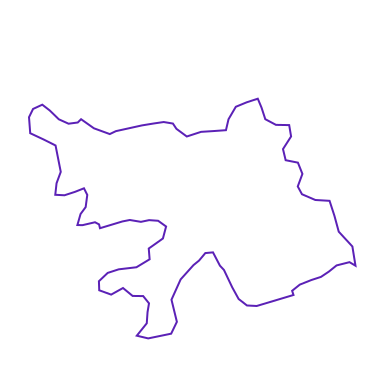 outline of Paju-si, Gyeonggi, South Korea, rotated 252°
{"feature_id": "91817680B14253606839965", "entity_name": "Paju-si", "entity_type": "district", "adm_level": 2, "iso_a3": "KOR", "parent_name": "South Korea", "parent_adm1": "Gyeonggi", "projection": "robinson", "projection_center": [126.826, 37.84], "detail": "fine", "context": "isolated", "style": "outline", "palette": "violet", "viewbox_px": 384, "rotation_deg": 252, "n_neighbors": 0, "source": "geoboundaries", "source_scale": "gbopen_adm2", "svg_char_len": 1361}
<svg xmlns="http://www.w3.org/2000/svg" viewBox="0 0 384 384"><g transform="rotate(252 192 192)"><path d="M186.0,93.3L185.5,116.7L184.6,124.2L179.4,134.2L178.5,142.5L175.1,150.9L167.2,156.7L156.8,150.0L151.6,133.4L141.1,130.9L137.6,115.9L141.1,98.4L141.1,86.8L135.9,75.9L127.2,73.4L119.4,83.4L122.0,96.7L111.5,103.4L108.1,113.4L99.4,116.7L91.5,112.6L81.1,108.4L72.4,95.1L66.3,105.1L63.7,128.4L73.2,137.5L95.9,139.2L112.4,154.2L122.0,170.8L124.6,177.5L129.8,185.8L128.1,193.3L113.3,195.8L108.0,198.3L88.9,200.8L75.8,203.3L67.1,209.2L63.6,218.3L62.7,256.7L67.1,256.7L70.6,265.9L71.4,278.4L71.4,288.4L74.0,297.6L77.5,306.8L76.6,320.1L71.4,324.7L90.6,327.7L108.9,319.3L125.4,320.1L141.1,320.1L146.3,306.8L155.9,295.9L164.6,294.3L175.1,302.6L187.2,301.8L193.3,290.9L204.7,291.8L214.2,303.4L225.6,305.1L229.9,292.6L238.6,284.2L250.8,284.2L260.4,283.4L260.4,271.7L259.5,260.0L249.9,249.2L240.3,243.4L243.0,232.5L246.4,219.2L246.4,204.2L256.9,196.7L263.0,195.0L267.3,186.7L269.0,176.7L270.8,165.0L273.4,138.4L272.5,131.7L282.9,118.4L295.5,109.0L293.4,104.8L295.1,95.7L302.3,87.8L313.5,81.9L321.3,76.6L320.1,66.5L313.5,60.1L297.9,56.3L287.9,67.0L278.4,76.6L251.7,73.4L242.2,65.9L231.6,61.1L228.3,69.7L228.3,80.8L228.9,90.4L221.6,91.5L210.5,86.2L205.5,79.2L196.0,72.8L194.3,77.6L193.2,90.4L189.9,93.6L186.0,93.3Z" fill="none" stroke="#5b21b6" stroke-width="2"/></g></svg>